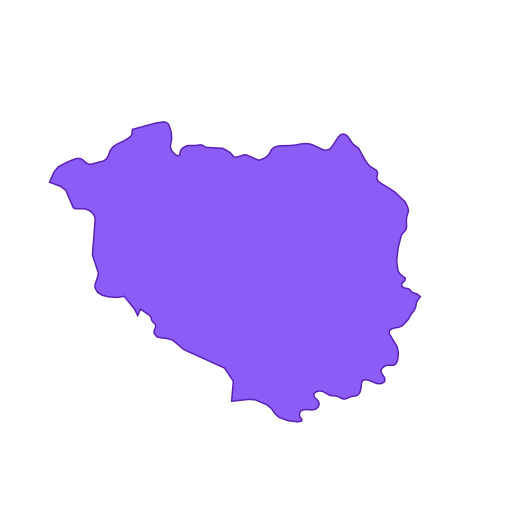 SVG path tracing the border of Corrèze, rotated 242°
{"feature_id": "FRA-5280", "entity_name": "Corrèze", "entity_type": "Metropolitan department", "adm_level": 1, "iso_a3": "FRA", "parent_name": "France", "parent_adm1": "", "projection": "mercator", "projection_center": [1.862, 45.347], "detail": "fine", "context": "isolated", "style": "filled", "palette": "violet", "viewbox_px": 512, "rotation_deg": 242, "n_neighbors": 0, "source": "natural_earth", "source_scale": "10m", "svg_char_len": 3121}
<svg xmlns="http://www.w3.org/2000/svg" viewBox="0 0 512 512"><g transform="rotate(242 256 256)"><path d="M251.3,134.5L253.5,134.2L263.3,129.1L259.0,123.6L266.1,123.8L282.2,120.7L284.7,113.9L288.8,107.1L293.5,101.8L298.2,99.1L302.6,98.9L304.8,99.5L306.8,100.9L312.2,106.7L314.9,108.8L333.8,112.1L364.5,131.6L367.8,132.1L371.6,131.5L374.9,129.8L377.9,127.1L382.8,118.3L384.5,117.3L403.4,118.9L409.5,115.9L418.1,108.3L424.9,117.0L427.4,123.0L427.6,125.4L427.6,131.0L427.2,137.7L426.7,141.5L426.3,143.4L425.7,144.7L424.7,146.3L423.1,147.8L417.8,149.9L415.8,151.2L414.4,153.5L411.5,166.2L412.0,169.4L413.5,172.2L417.8,177.0L419.6,181.2L420.0,185.6L419.7,192.6L419.9,198.0L420.6,201.8L421.4,203.3L425.8,206.3L420.5,229.7L417.8,237.5L416.0,239.5L414.5,240.3L412.8,240.6L405.2,239.3L398.9,236.5L395.1,233.3L393.0,231.9L391.8,231.4L389.8,231.1L387.3,231.2L382.9,232.6L381.3,233.9L380.8,235.2L381.4,236.3L382.3,237.1L383.3,237.9L384.2,238.8L384.9,239.8L385.5,240.9L385.8,242.2L385.9,243.8L385.9,245.3L385.7,246.9L385.3,248.2L382.0,254.4L380.2,259.3L379.0,260.6L377.7,261.6L375.6,262.5L366.8,277.0L364.7,278.6L359.3,281.8L354.2,283.0L353.1,283.9L352.4,285.3L350.8,293.4L349.6,295.1L339.3,303.3L338.8,305.9L338.5,308.5L338.7,311.7L339.4,314.5L341.0,317.2L342.7,319.7L343.4,323.3L342.6,327.6L336.8,339.6L335.2,343.6L334.2,347.2L332.3,352.1L330.3,355.3L328.0,357.8L317.7,365.7L316.1,368.6L315.8,371.4L316.7,374.0L322.0,383.8L322.8,385.8L323.2,387.1L323.3,387.9L323.2,388.8L322.5,390.6L320.8,392.2L318.7,393.1L309.2,394.2L303.1,397.2L288.8,397.4L283.3,398.2L281.8,398.7L275.0,402.6L273.0,402.6L271.6,402.1L270.2,400.6L267.8,399.1L265.4,399.0L262.9,399.7L248.0,408.3L234.0,413.1L228.2,412.9L225.1,412.2L223.3,411.0L221.8,409.3L219.4,407.2L216.2,405.1L211.2,402.8L208.9,400.6L207.8,398.2L207.1,395.9L205.6,393.6L196.5,385.4L187.7,379.2L183.3,376.9L175.6,374.4L172.2,374.8L166.4,377.4L164.8,376.4L164.1,374.6L163.5,372.4L162.0,370.9L160.1,370.8L158.1,372.1L155.7,374.9L154.8,375.8L150.6,376.8L148.0,379.2L147.1,380.3L143.0,382.1L140.1,376.4L135.4,372.5L133.5,369.7L131.7,365.6L128.7,361.1L126.7,355.8L125.7,352.4L125.9,349.5L126.6,346.8L127.7,343.8L127.9,339.7L126.6,338.0L124.7,337.2L109.5,338.0L106.6,337.2L103.0,335.9L97.8,332.4L95.5,329.6L94.8,327.1L95.6,324.8L96.9,322.6L98.0,320.1L98.3,317.4L97.6,314.2L95.7,312.2L93.4,311.9L88.2,312.4L85.3,311.3L84.5,309.5L84.4,307.3L85.2,305.1L86.6,302.9L93.5,297.0L95.4,294.6L96.0,291.6L94.1,289.3L90.6,287.2L86.8,283.7L85.5,281.0L85.6,278.3L86.6,276.0L87.3,273.7L87.6,269.0L88.3,266.6L90.0,264.7L94.1,261.9L98.2,255.8L105.1,251.3L107.0,248.9L107.9,245.4L107.3,242.9L105.6,241.5L103.2,241.4L100.7,242.3L98.2,242.9L95.8,242.4L93.5,240.1L92.8,237.5L93.1,235.0L94.2,232.4L95.9,229.8L97.4,227.1L98.3,223.6L97.3,221.2L95.2,219.7L93.3,219.3L90.1,219.8L88.8,218.7L90.1,214.8L95.7,206.8L102.7,200.6L108.5,198.6L113.8,198.1L119.6,195.7L129.3,187.9L132.8,182.3L139.2,166.3L156.1,177.2L171.8,175.6L207.2,148.4L220.8,142.9L225.1,138.5L228.2,133.9L231.2,130.5L235.7,129.8L237.9,131.0L240.9,134.6L243.0,134.9L247.2,133.8L249.0,133.8L251.3,134.5Z" fill="#8b5cf6" stroke="#5b21b6" stroke-width="1.5"/></g></svg>